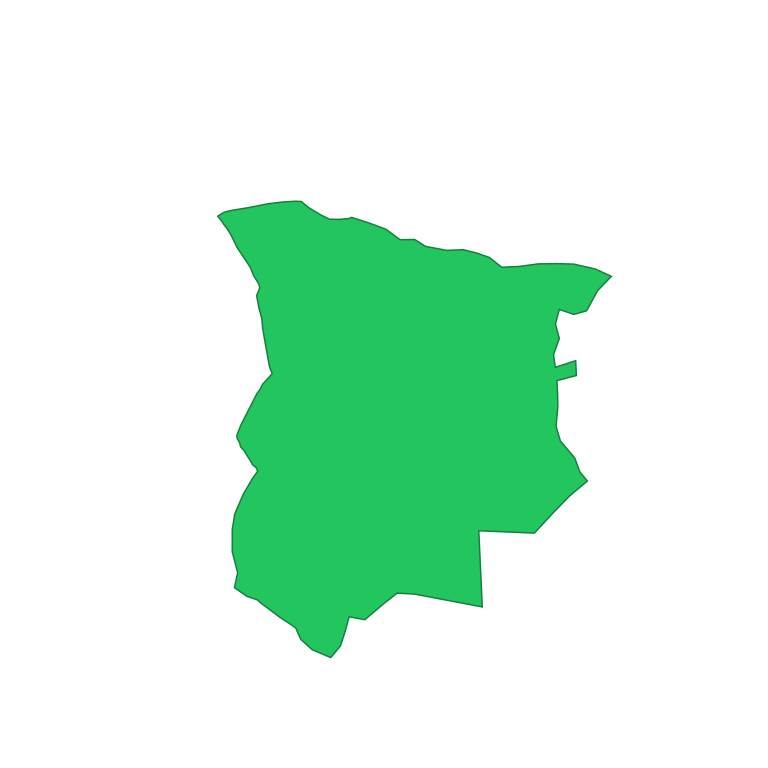 the district of Mandoul Oriental, Mandoul, Chad, rotated 231°
{"feature_id": "50815135B49309888435923", "entity_name": "Mandoul Oriental", "entity_type": "district", "adm_level": 2, "iso_a3": "TCD", "parent_name": "Chad", "parent_adm1": "Mandoul", "projection": "robinson", "projection_center": [17.725, 9.127], "detail": "fine", "context": "isolated", "style": "filled", "palette": "green", "viewbox_px": 768, "rotation_deg": 231, "n_neighbors": 0, "source": "geoboundaries", "source_scale": "gbopen_adm2", "svg_char_len": 2187}
<svg xmlns="http://www.w3.org/2000/svg" viewBox="0 0 768 768"><g transform="rotate(231 384 384)"><path d="M180.6,481.0L192.5,480.9L206.5,485.7L228.7,485.2L242.9,491.1L256.6,504.5L266.6,512.3L277.8,520.5L269.5,538.9L281.5,547.6L289.2,527.6L300.3,534.4L309.0,548.9L322.8,555.0L331.6,567.2L318.6,575.3L313.4,587.6L322.1,608.7L324.6,628.4L340.2,620.7L357.7,607.0L368.7,594.2L380.4,579.3L390.3,563.0L400.6,549.0L416.1,545.5L428.1,538.0L438.5,530.1L448.3,516.9L464.8,502.9L477.0,498.8L486.0,487.3L503.2,482.8L518.9,473.5L533.8,463.7L535.3,459.4L536.5,458.3L538.6,455.0L539.4,453.7L542.9,449.5L544.3,447.9L545.0,446.9L546.3,445.4L554.5,441.6L566.8,437.0L570.2,436.1L573.6,435.4L577.7,434.7L578.1,434.3L580.2,432.0L581.1,431.0L581.2,430.9L582.2,429.6L586.5,423.6L587.3,422.5L588.4,421.0L596.9,407.6L598.7,404.3L600.4,400.9L605.5,391.2L613.7,376.8L616.2,372.1L618.2,367.2L619.1,360.4L612.2,360.3L608.8,359.9L604.3,359.9L599.4,359.3L595.7,358.8L593.5,358.3L587.1,356.8L582.3,355.7L578.9,355.4L574.3,355.0L572.6,354.8L558.5,353.5L554.7,352.2L550.1,350.9L541.6,349.8L540.3,349.6L539.5,349.2L536.9,347.9L532.9,340.7L530.8,339.5L522.2,334.9L521.7,334.6L516.3,332.2L511.7,330.2L503.9,324.9L491.0,317.7L473.0,307.8L469.9,306.1L469.4,305.8L466.7,305.0L466.4,304.9L462.5,303.7L462.2,302.1L461.5,298.4L460.2,289.5L458.9,286.7L457.9,284.5L457.3,282.3L457.2,281.8L457.0,281.0L456.6,279.3L453.4,272.2L452.3,269.6L451.2,267.3L450.7,266.2L449.6,263.6L446.9,257.6L443.4,249.7L441.7,246.0L436.5,237.1L433.9,235.6L431.4,235.2L429.4,234.9L428.0,234.2L425.4,233.0L422.2,233.2L421.7,233.2L419.9,233.3L418.9,233.1L418.0,233.0L415.5,232.7L414.4,232.5L408.2,231.9L403.9,231.0L399.9,232.0L398.8,231.8L398.6,231.7L396.4,231.2L395.8,231.1L392.9,221.1L386.9,205.2L376.9,186.2L366.5,174.6L349.1,160.5L329.5,151.5L319.8,139.6L305.2,143.9L295.8,149.8L291.8,150.3L267.7,156.4L267.6,156.5L266.6,156.8L250.1,161.9L237.9,158.6L222.5,161.0L205.0,170.4L204.9,170.5L207.8,185.2L215.8,197.6L225.0,210.4L212.9,220.8L213.4,244.0L213.2,262.6L201.6,275.4L201.5,275.5L148.9,320.1L210.3,365.3L191.4,386.7L177.5,402.5L173.5,407.0L177.6,435.6L180.2,457.9L180.6,479.7L180.6,481.0Z" fill="#22c55e" stroke="#15803d" stroke-width="1.5"/></g></svg>